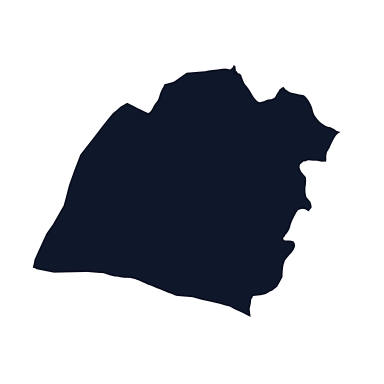 Bani Qays, Hajjah, Yemen (Mercator projection), rotated 24°
{"feature_id": "15242507B13849727966000", "entity_name": "Bani Qays", "entity_type": "district", "adm_level": 2, "iso_a3": "YEM", "parent_name": "Yemen", "parent_adm1": "Hajjah", "projection": "mercator", "projection_center": [43.354, 15.631], "detail": "fine", "context": "isolated", "style": "filled", "palette": "ink", "viewbox_px": 384, "rotation_deg": 24, "n_neighbors": 0, "source": "geoboundaries", "source_scale": "gbopen_adm2", "svg_char_len": 4312}
<svg xmlns="http://www.w3.org/2000/svg" viewBox="0 0 384 384"><g transform="rotate(24 192 192)"><path d="M96.8,137.7L94.2,141.4L92.7,143.4L90.3,148.7L88.4,152.3L86.5,159.2L84.6,166.4L83.8,169.7L82.8,173.9L81.4,179.8L81.1,181.0L80.4,184.0L78.4,191.8L75.5,203.4L75.6,205.1L76.5,222.1L76.7,223.8L77.2,230.8L77.6,235.4L78.1,238.8L79.1,244.6L79.8,248.8L81.0,256.6L80.1,264.8L79.7,269.4L78.7,278.8L77.1,286.8L76.7,289.0L76.6,289.8L76.6,291.7L76.5,299.5L76.4,308.0L76.4,315.2L76.3,317.1L77.2,321.1L77.9,325.0L80.2,324.7L81.3,325.0L92.0,322.6L98.5,321.1L128.6,306.9L141.2,302.5L142.6,301.8L143.2,301.7L144.0,301.5L144.2,301.4L145.2,301.3L146.2,301.1L147.2,301.1L148.3,301.0L149.4,300.8L150.4,300.8L151.4,300.7L152.4,300.4L153.3,300.3L154.4,300.1L155.5,299.9L156.5,299.5L157.4,299.2L158.3,298.8L159.3,298.6L160.3,298.5L161.7,298.1L162.7,297.8L163.9,297.5L164.4,297.3L164.7,297.2L164.8,297.1L165.8,296.8L166.7,296.4L167.5,296.0L168.5,295.6L169.6,295.2L170.6,294.7L171.6,294.7L172.7,294.4L174.2,294.2L175.4,293.9L176.4,293.9L177.4,293.9L178.8,293.7L180.1,293.7L181.4,293.7L182.0,293.7L182.4,293.7L183.7,293.8L183.8,293.8L184.8,293.7L185.8,293.7L186.1,293.7L186.8,293.7L187.1,293.7L188.3,293.8L189.2,293.8L190.3,293.7L191.4,293.6L193.0,293.4L194.0,293.4L195.2,293.4L196.6,293.4L197.6,293.4L199.0,293.4L200.4,293.3L201.8,293.1L203.2,293.1L204.8,293.1L206.5,293.1L207.8,293.0L208.5,293.0L209.2,293.0L210.6,293.0L212.0,292.9L213.5,292.7L215.0,292.6L216.5,292.6L217.8,292.6L219.2,292.5L219.6,292.5L222.4,291.6L234.9,287.2L244.8,285.7L254.2,283.7L256.4,283.3L263.2,282.0L268.9,281.3L272.7,280.5L278.8,281.0L286.0,281.0L295.0,281.5L291.6,275.8L291.4,275.2L290.9,272.7L290.4,270.4L289.7,268.1L288.9,265.7L289.4,264.0L289.2,261.8L294.4,258.8L296.5,257.6L298.6,256.0L300.4,254.6L301.7,252.7L302.0,252.4L303.0,250.8L304.8,249.0L307.6,243.6L308.2,236.9L308.5,232.9L307.4,230.4L306.6,228.3L305.8,226.0L305.1,223.8L305.0,223.5L304.5,221.3L304.2,219.0L304.0,216.5L304.6,214.0L305.3,211.7L305.9,209.5L306.8,207.2L307.4,204.4L307.5,204.1L307.6,202.4L307.5,200.0L306.5,198.0L304.6,196.6L302.3,197.0L300.0,197.8L298.0,198.8L295.8,199.4L293.8,198.4L293.3,196.2L293.6,195.2L293.8,195.1L294.0,194.9L293.8,193.7L294.6,191.3L295.1,188.8L295.3,186.5L295.1,184.2L294.7,182.0L294.5,179.5L294.4,177.1L294.5,174.8L294.6,172.4L294.8,169.9L295.0,167.5L295.7,164.9L297.2,163.3L299.3,161.9L301.4,161.0L303.7,161.1L305.7,161.5L306.8,157.7L305.9,156.0L303.8,153.5L297.9,150.6L296.4,148.4L295.5,147.1L295.1,146.5L295.0,146.3L294.0,144.1L293.5,143.0L293.0,141.8L292.4,139.4L291.9,138.1L291.6,137.2L290.7,135.0L289.5,132.8L282.7,129.5L279.6,126.4L278.6,123.0L280.8,118.2L283.1,117.0L283.7,115.8L286.0,114.6L288.9,113.7L291.2,112.7L293.5,111.8L295.8,111.3L298.1,110.8L300.1,109.7L301.2,109.3L300.5,107.3L299.4,105.2L298.8,103.1L298.3,100.6L298.6,98.4L298.9,96.0L298.9,93.5L298.9,91.3L299.0,88.9L299.1,86.5L299.4,84.0L299.8,81.6L300.7,79.1L301.6,77.8L299.1,78.2L296.7,77.5L294.4,77.4L292.0,77.3L289.8,77.9L286.9,78.0L284.3,77.6L281.6,77.1L279.3,76.4L276.7,75.2L274.3,73.9L272.3,72.7L270.4,71.0L268.9,69.3L267.4,67.3L265.5,65.3L263.6,63.7L261.5,62.1L259.2,60.7L257.0,59.6L254.8,58.9L252.5,59.4L250.3,60.1L247.6,60.5L245.5,61.0L242.6,61.6L240.4,61.8L238.1,61.4L235.9,61.1L232.9,59.7L231.0,62.9L230.8,65.5L230.3,67.7L230.2,70.0L229.9,72.3L228.6,74.1L227.2,75.6L224.9,76.8L223.1,78.3L221.6,80.1L219.7,81.6L217.8,83.2L215.6,83.4L213.4,82.8L210.9,81.7L208.9,80.6L207.0,79.3L205.0,77.8L202.6,76.2L200.6,74.9L198.3,73.7L196.2,72.7L194.3,71.3L192.5,69.5L190.6,67.7L189.1,66.0L187.9,65.4L187.2,65.3L186.2,65.4L185.4,65.8L184.6,65.9L184.4,65.4L184.5,64.9L184.3,64.7L184.1,64.6L183.6,64.3L183.0,64.9L182.7,66.1L182.3,66.0L182.0,65.2L182.0,63.5L179.9,60.0L179.2,60.0L179.4,61.2L177.7,65.3L175.1,65.7L172.8,66.3L170.8,67.3L168.6,68.6L166.6,69.9L164.6,71.1L162.8,72.1L162.3,72.4L161.4,72.9L160.3,73.6L157.8,75.1L155.6,76.8L139.1,85.8L131.9,97.9L130.5,99.7L128.7,101.2L126.1,103.3L123.8,105.1L123.8,107.5L123.6,109.5L123.5,109.8L123.5,112.1L123.5,114.4L123.8,116.8L124.1,119.6L124.2,121.8L123.8,124.0L123.2,126.3L122.8,128.8L122.7,131.0L122.5,133.5L122.0,135.7L120.7,138.4L118.3,138.5L115.8,138.5L113.5,138.4L111.0,138.3L108.4,138.3L108.0,138.3L105.9,138.1L103.7,138.0L102.1,137.9L101.2,137.9L98.6,137.7L96.8,137.7Z" fill="#0f172a" stroke="#020617" stroke-width="1.5"/></g></svg>